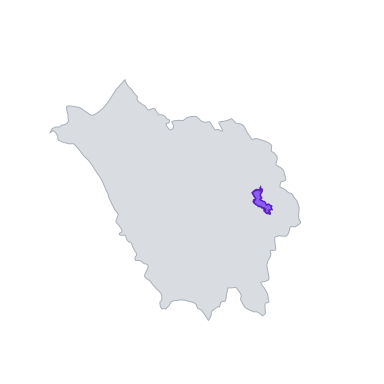 Beshankovichy, Vitebsk, Belarus (highlighted), rotated 55°
{"feature_id": "67162791B20127655381780", "entity_name": "Beshankovichy", "entity_type": "district", "adm_level": 2, "iso_a3": "BLR", "parent_name": "Belarus", "parent_adm1": "Vitebsk", "projection": "robinson", "projection_center": [29.528, 55.058], "detail": "fine", "context": "in_parent", "style": "filled", "palette": "violet", "viewbox_px": 384, "rotation_deg": 55, "n_neighbors": 0, "source": "geoboundaries", "source_scale": "gbopen_adm2", "svg_char_len": 8303}
<svg xmlns="http://www.w3.org/2000/svg" viewBox="0 0 384 384"><g transform="rotate(55 192 192)"><path d="M306.5,252.2L300.9,251.9L294.1,252.1L290.3,254.1L286.1,253.1L283.2,254.3L276.5,260.0L273.9,263.1L271.4,267.8L269.9,271.3L270.7,273.8L272.0,276.1L272.3,278.5L272.9,280.5L271.3,281.9L270.3,283.9L267.4,283.5L263.9,281.6L263.2,278.8L260.5,276.8L258.7,275.8L255.8,275.7L251.2,276.6L245.1,277.3L240.5,277.5L238.0,278.5L234.3,279.4L232.8,278.3L230.8,275.1L229.1,271.9L227.9,270.5L226.9,270.2L225.7,270.2L224.3,271.2L223.2,272.3L219.4,273.5L217.7,274.6L215.8,277.5L214.5,277.3L213.3,276.6L211.8,273.4L209.8,272.6L206.6,272.6L202.6,271.9L199.4,270.9L198.2,271.1L196.3,272.5L194.2,272.7L189.6,271.5L188.7,272.1L186.1,275.7L184.8,275.8L184.1,275.4L184.5,272.2L181.9,271.1L177.4,271.0L174.3,271.4L172.7,271.3L172.0,270.7L168.2,265.4L166.2,265.1L162.5,265.4L157.2,264.7L151.0,263.6L147.6,263.1L145.9,261.9L142.1,261.5L131.9,259.3L127.7,258.9L121.6,258.9L112.2,258.4L106.2,258.7L103.4,259.4L100.2,259.9L89.0,260.5L85.0,261.1L83.8,262.2L82.4,264.6L77.7,268.8L73.2,271.5L72.3,271.8L69.8,270.3L67.6,269.8L65.1,269.6L63.3,270.1L62.1,270.8L62.1,274.0L61.9,274.3L60.0,270.5L60.3,267.0L61.5,265.0L62.9,263.3L62.4,260.6L63.9,257.1L64.0,254.5L63.5,253.4L62.5,252.1L59.6,250.7L58.4,249.6L54.5,248.1L50.7,246.3L50.1,245.2L50.3,244.4L51.0,243.2L54.1,239.8L57.4,236.5L59.5,235.1L70.6,230.9L72.3,229.4L72.8,226.9L72.8,221.8L72.3,217.1L71.6,213.9L69.7,207.9L64.5,195.4L61.6,182.5L63.8,183.3L68.9,183.6L73.1,182.7L75.2,182.6L77.1,182.8L82.5,182.1L83.8,183.3L86.1,184.3L90.9,182.8L95.1,181.0L99.5,181.2L100.1,180.3L101.3,175.7L102.7,174.7L107.8,175.2L109.8,174.4L111.8,172.1L114.9,170.7L117.5,170.7L120.2,169.2L121.5,170.2L122.1,172.1L121.2,173.6L121.5,174.2L123.4,174.9L126.5,174.9L128.6,174.3L129.0,173.4L129.1,171.9L128.6,170.4L127.3,169.1L124.8,168.5L123.1,168.5L122.8,167.7L123.4,166.0L125.0,162.8L127.0,159.9L128.2,158.9L128.4,157.9L128.2,156.1L128.3,153.0L130.1,148.7L132.4,145.4L135.5,144.4L139.3,143.8L141.7,142.2L143.0,140.5L144.0,137.8L145.3,137.2L154.3,137.6L155.7,134.8L156.5,134.1L158.3,133.3L159.5,132.3L159.0,131.5L156.7,131.1L151.3,130.6L150.3,129.7L150.6,128.6L152.1,125.8L153.6,122.2L154.3,119.4L154.5,117.7L155.2,117.3L159.7,116.8L161.1,116.2L165.0,112.4L167.9,111.7L175.3,112.7L178.8,112.6L183.1,112.9L183.5,112.5L185.0,108.7L192.5,102.7L196.4,100.6L198.9,100.1L199.8,100.2L203.7,103.4L204.6,103.5L207.3,102.2L211.8,102.1L213.9,103.2L216.9,107.1L218.5,107.6L222.9,105.4L225.3,104.7L227.0,104.7L235.3,107.7L235.9,108.7L235.9,109.9L234.7,113.4L236.4,115.6L238.4,117.1L242.7,114.7L244.3,114.0L246.0,113.9L248.3,113.0L250.0,111.7L251.6,111.2L254.7,111.5L260.2,111.2L266.7,113.3L267.2,114.0L270.5,116.5L271.6,117.8L272.7,118.2L274.4,119.4L276.7,120.2L278.3,120.0L279.1,120.4L279.8,121.3L279.9,123.0L279.7,127.7L277.4,130.2L277.1,131.0L277.2,132.1L279.1,134.1L281.5,137.3L282.1,139.1L282.1,140.5L278.9,144.6L277.8,145.6L277.1,147.6L276.7,149.7L276.9,150.6L282.4,153.9L286.4,155.7L287.3,156.6L287.4,157.1L285.3,160.7L285.1,161.6L288.3,163.1L290.2,165.4L291.8,169.2L294.9,172.8L306.4,178.1L307.4,179.1L307.8,180.2L307.4,182.7L305.4,187.4L307.4,188.1L312.4,187.9L318.6,188.5L326.0,191.9L326.1,193.4L325.3,194.8L325.8,196.2L326.7,197.4L333.1,201.2L333.8,202.3L333.9,204.1L333.8,205.4L332.0,205.7L330.0,206.3L326.9,207.9L325.6,210.2L320.5,213.3L317.3,214.7L314.7,214.8L308.6,214.1L306.4,212.6L305.5,211.2L303.2,210.5L300.0,210.5L295.7,210.7L294.9,211.1L294.2,212.9L292.4,215.8L291.1,217.5L296.6,223.4L299.4,225.8L300.3,227.3L300.3,228.3L299.0,229.6L299.2,232.1L301.9,235.3L301.0,235.9L300.8,239.9L300.9,244.2L301.6,245.3L303.1,246.1L304.3,247.7L306.4,251.3L306.5,252.2Z" fill="#d9dde1" stroke="#a8b0b8" stroke-width="1"/><path d="M248.4,135.2L248.1,135.5L247.9,135.6L247.5,135.7L247.3,135.8L247.1,135.9L246.8,135.9L246.6,135.9L246.0,136.2L245.7,136.4L245.6,136.5L245.5,136.8L245.5,137.0L245.6,137.5L245.8,137.9L245.7,138.1L245.5,138.3L245.3,138.4L245.2,138.4L244.8,138.4L244.1,138.3L243.8,138.2L243.5,138.1L243.3,138.1L242.2,138.1L241.9,138.1L241.7,138.1L241.4,138.3L241.1,138.4L241.0,138.5L240.8,138.6L240.7,138.8L240.6,139.0L240.4,139.2L240.2,139.3L239.6,139.5L239.2,139.7L239.0,139.8L238.8,139.9L238.6,140.1L238.2,140.4L237.9,140.5L237.6,140.6L237.2,140.6L236.9,140.5L236.8,140.3L236.8,140.2L236.8,139.9L236.8,139.7L237.0,139.5L237.0,139.3L237.0,139.1L237.1,138.9L237.1,138.7L236.7,138.3L236.6,138.2L236.2,138.1L235.5,138.2L235.3,138.2L234.8,138.3L234.7,138.3L234.3,138.3L234.2,138.2L234.0,137.8L233.6,137.6L233.4,137.5L233.1,137.2L232.8,136.9L232.7,136.5L232.7,136.4L232.7,136.2L232.5,135.9L232.1,135.7L231.8,135.4L231.9,135.2L232.0,135.1L232.1,134.8L232.1,134.6L231.9,134.3L231.7,134.2L231.2,134.0L231.0,133.9L230.8,133.7L230.7,133.6L230.7,133.4L230.7,133.2L230.3,133.0L230.2,132.9L230.0,133.0L229.8,133.0L229.6,133.1L229.4,133.4L229.2,133.5L228.6,133.6L228.4,133.6L228.1,133.5L227.8,133.4L227.6,133.2L227.4,133.1L227.5,133.3L227.5,133.5L227.7,133.8L228.2,134.3L228.5,134.6L228.7,134.8L229.0,134.9L229.7,135.1L229.9,135.2L230.1,135.3L230.0,135.6L229.9,135.6L229.6,135.7L229.4,135.7L229.2,135.8L228.8,136.1L228.7,136.2L228.5,136.3L228.3,136.3L228.1,136.3L228.0,136.5L228.0,136.9L227.9,137.0L227.7,137.2L227.3,137.2L227.2,137.3L227.1,137.5L227.3,137.7L227.4,137.8L227.6,137.9L227.5,138.0L227.4,138.0L227.4,138.3L227.5,138.5L227.4,138.7L227.2,138.8L226.9,138.8L226.7,138.8L226.7,139.1L226.8,139.3L227.0,139.5L226.9,139.6L226.8,139.8L226.7,140.1L226.7,140.3L226.8,140.4L227.0,140.5L227.3,140.8L227.3,141.0L227.2,141.1L226.8,141.3L226.8,141.5L227.0,141.8L227.1,142.0L227.0,142.3L227.0,142.5L227.0,142.8L227.0,143.0L227.4,143.1L227.6,143.3L227.8,143.4L228.1,143.4L228.4,143.4L228.6,143.4L228.8,143.3L229.3,143.2L229.5,143.1L229.8,143.2L229.9,143.4L230.0,143.5L230.4,143.6L230.5,143.5L230.9,143.5L231.2,143.7L231.6,143.7L231.9,143.6L232.3,143.5L232.5,143.4L232.9,143.3L233.0,143.3L233.3,143.4L233.4,143.5L233.7,143.5L233.9,143.5L234.0,143.6L234.1,143.9L234.2,144.1L234.3,144.2L234.3,144.3L234.2,144.3L234.1,144.5L234.1,144.8L234.2,145.1L234.0,145.4L233.9,145.6L233.8,145.8L233.9,146.0L234.1,146.1L234.3,146.1L234.4,145.8L234.5,145.7L234.8,145.5L235.1,145.5L235.2,145.8L235.0,146.1L234.8,146.2L234.7,146.2L234.6,146.4L234.5,146.5L234.5,146.8L234.6,147.0L234.9,147.3L235.0,147.4L235.2,147.5L235.3,147.5L235.3,147.4L235.4,147.2L235.5,147.0L235.8,147.0L236.2,147.2L236.3,147.2L236.6,147.2L236.7,147.3L236.8,147.4L237.0,147.5L237.3,147.4L237.6,147.2L237.8,147.1L238.3,146.9L239.1,146.8L239.3,146.6L239.6,146.3L239.7,146.2L239.9,146.2L240.1,146.2L240.3,146.2L240.8,146.1L241.3,146.0L241.9,145.8L241.9,145.5L241.9,145.4L242.0,145.3L242.3,145.3L242.5,145.2L242.8,145.0L242.9,144.8L243.2,144.4L243.3,144.1L243.4,143.9L243.5,143.7L243.9,143.6L244.1,143.6L244.3,143.8L244.5,144.0L245.0,143.9L245.2,143.6L245.3,143.4L245.3,143.2L245.5,142.9L245.8,142.9L246.0,143.0L246.3,143.1L246.5,143.1L246.7,142.9L246.4,142.5L246.2,142.3L246.2,142.2L246.4,142.0L246.5,142.0L246.7,142.3L246.8,142.4L247.0,142.5L247.4,142.7L247.6,142.9L247.9,143.1L248.0,143.2L248.3,143.1L248.3,142.9L248.3,142.7L248.0,142.5L247.8,142.3L247.6,142.2L247.5,141.8L247.6,141.7L247.9,141.5L248.2,141.5L248.4,141.6L248.5,141.7L248.5,142.0L248.8,142.3L249.0,142.6L249.4,142.8L249.5,142.8L249.6,143.0L249.5,143.3L249.3,143.3L249.2,143.4L248.9,143.4L248.9,143.6L248.9,143.8L249.1,143.8L249.5,143.6L250.1,143.5L250.3,143.5L250.5,143.5L250.9,143.4L251.1,143.4L251.3,143.2L251.5,143.1L252.3,143.1L252.5,143.0L252.6,142.9L252.4,142.7L252.2,142.6L252.3,142.4L252.4,142.1L252.7,142.0L252.8,142.0L253.0,142.0L253.1,141.7L253.0,141.4L253.3,141.3L253.7,141.4L253.8,141.4L254.0,141.2L254.3,141.3L254.5,141.3L254.6,141.2L254.8,140.9L254.8,140.5L254.8,140.4L254.7,140.4L254.3,140.2L254.1,140.1L253.8,139.8L253.6,139.8L253.3,139.9L253.1,140.0L252.9,140.0L252.6,140.0L252.2,140.0L251.8,140.1L251.7,140.1L251.4,140.1L251.2,140.0L251.1,139.9L251.2,139.7L251.3,139.5L251.8,139.4L252.0,139.1L251.8,138.9L251.7,138.8L251.5,138.7L251.4,138.6L251.3,138.3L251.3,138.1L251.4,137.8L251.6,137.3L251.7,137.1L251.8,137.0L252.0,136.7L252.4,136.6L252.3,136.4L251.8,136.4L251.4,136.4L251.2,136.4L250.5,136.2L250.3,136.2L250.1,136.1L249.9,136.0L249.8,135.9L249.7,135.5L249.7,135.2L249.3,134.8L249.2,134.8L248.9,134.8L248.6,135.0L248.4,135.2Z" fill="#8b5cf6" stroke="#5b21b6" stroke-width="1.5"/></g></svg>